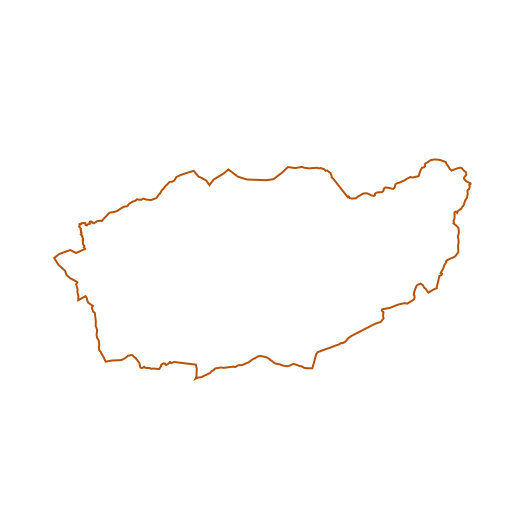 Cicanesti, Arges, Romania (Mercator projection), rotated 106°
{"feature_id": "2599482B56570346904834", "entity_name": "Cicanesti", "entity_type": "district", "adm_level": 2, "iso_a3": "ROU", "parent_name": "Romania", "parent_adm1": "Arges", "projection": "mercator", "projection_center": [24.6, 45.264], "detail": "fine", "context": "isolated", "style": "outline", "palette": "amber", "viewbox_px": 512, "rotation_deg": 106, "n_neighbors": 0, "source": "geoboundaries", "source_scale": "gbopen_adm2", "svg_char_len": 5238}
<svg xmlns="http://www.w3.org/2000/svg" viewBox="0 0 512 512"><g transform="rotate(106 256 256)"><path d="M313.6,449.4L318.9,443.5L322.9,435.4L326.3,433.1L328.6,428.4L329.9,422.1L330.5,420.5L332.8,421.1L337.3,418.2L339.1,418.0L341.5,417.0L341.9,416.5L343.5,415.7L347.5,414.7L341.6,408.8L343.0,407.1L345.8,405.5L347.2,404.3L348.9,399.0L350.9,399.6L354.3,397.3L355.1,395.3L362.9,392.0L367.5,390.8L370.6,388.4L375.8,387.5L378.6,386.0L380.7,383.8L383.4,382.6L384.8,382.1L387.1,381.9L389.5,380.9L390.2,380.2L390.8,379.0L392.1,378.0L394.7,375.2L398.1,372.2L399.0,371.4L396.2,365.7L394.2,359.7L393.4,357.3L391.9,355.2L389.0,352.7L387.0,351.5L386.5,350.0L385.6,348.8L385.5,347.3L386.4,346.0L387.5,343.3L389.3,340.9L391.1,338.6L395.0,336.4L395.3,335.4L394.6,333.9L393.3,332.9L394.0,331.7L393.0,327.4L393.3,326.3L393.3,325.7L392.6,323.9L392.1,322.1L392.0,321.0L391.2,317.8L390.5,317.7L388.0,316.8L387.2,317.3L386.9,317.1L385.5,316.1L384.6,315.2L384.6,313.6L385.3,313.2L385.5,312.7L385.4,312.3L384.8,311.5L383.4,310.4L381.7,309.6L381.7,309.0L382.2,308.7L382.3,307.9L380.4,305.4L379.9,301.8L378.2,291.3L377.0,284.0L380.6,281.9L384.7,280.9L388.3,280.0L390.7,280.4L389.1,278.6L388.2,276.7L387.3,274.8L385.8,273.3L381.9,268.7L380.9,267.8L379.1,267.0L376.9,265.0L375.7,264.6L375.0,263.5L372.9,259.1L372.3,255.9L370.2,251.1L368.6,247.4L368.6,245.7L368.0,244.8L367.0,244.2L365.7,242.5L364.7,239.4L363.5,237.9L360.4,234.0L357.2,231.5L355.5,230.1L354.7,228.9L352.2,226.7L350.9,224.5L350.5,218.2L351.3,214.7L352.1,213.3L352.5,211.7L353.6,209.4L354.0,207.3L353.6,203.1L353.9,199.8L353.4,195.6L352.3,193.6L349.5,190.5L349.4,188.2L349.4,187.0L349.8,183.9L349.5,181.9L350.2,178.9L349.9,176.3L348.4,170.9L342.7,170.9L338.1,171.0L333.5,171.0L331.4,170.2L329.1,167.0L326.8,163.9L325.1,161.5L323.4,159.1L319.0,153.2L318.0,151.7L316.4,150.5L316.0,149.0L315.4,148.1L313.0,146.1L309.5,144.6L306.6,142.3L304.0,139.6L300.7,136.0L297.3,132.4L292.3,127.1L288.3,122.8L285.0,117.9L280.8,116.2L278.4,117.4L274.9,118.0L274.6,118.4L274.5,119.3L274.1,119.7L272.5,120.1L270.9,116.9L268.9,112.9L266.2,109.4L263.5,105.9L260.4,100.3L260.1,97.5L255.5,93.3L254.1,92.1L252.3,92.1L250.5,92.7L250.0,93.6L246.5,94.0L241.1,93.6L239.2,92.7L237.2,90.2L238.0,87.6L239.9,85.8L241.1,83.5L243.7,80.2L239.8,76.6L237.1,73.4L236.8,73.6L224.8,74.2L222.8,72.3L221.8,72.4L221.5,73.8L216.5,72.6L212.5,72.4L209.2,71.3L208.7,71.9L208.4,71.8L207.7,71.5L204.6,68.1L203.1,66.0L201.7,64.6L196.7,62.6L195.3,62.9L192.5,63.9L190.1,64.7L186.7,65.0L183.8,66.1L182.1,67.2L180.9,67.5L179.8,67.2L177.7,67.4L175.2,68.3L172.9,69.4L171.6,71.8L170.2,75.2L168.8,75.0L168.4,75.5L167.4,75.9L166.1,75.6L164.5,75.7L163.6,75.9L161.8,76.4L160.4,77.0L159.2,77.2L158.3,76.2L158.3,75.8L159.1,74.7L158.6,74.6L157.1,74.2L155.1,72.7L153.8,71.7L153.6,71.6L152.4,71.4L152.0,71.3L151.1,70.8L150.8,70.6L148.5,70.3L146.6,70.3L145.4,70.1L145.0,70.3L144.5,70.1L141.9,69.3L137.7,69.6L136.4,70.3L134.6,70.8L133.8,70.1L132.2,69.5L130.5,69.7L128.9,70.6L127.6,69.6L127.0,69.8L126.8,71.4L126.5,72.5L126.3,74.3L125.5,75.7L124.6,77.1L123.7,77.5L122.3,77.4L120.4,76.2L118.4,76.8L117.4,77.6L117.0,79.1L114.9,82.3L114.8,84.2L116.6,87.1L120.0,91.7L118.6,94.1L117.3,95.4L116.3,96.5L115.2,98.1L113.3,99.6L113.2,102.0L113.0,105.2L113.1,107.1L113.5,108.8L114.0,111.1L115.8,114.7L118.2,116.5L120.3,118.6L121.4,119.0L123.1,118.3L124.2,118.7L125.5,120.8L128.6,121.5L132.4,121.7L134.5,121.7L136.0,124.6L137.3,126.7L137.6,129.5L140.4,132.4L142.3,134.0L145.7,138.1L147.7,141.1L148.6,141.7L152.2,141.6L153.7,142.7L153.8,143.9L154.0,148.2L154.3,150.0L155.1,151.1L156.1,151.6L156.8,151.7L157.6,151.4L158.8,151.7L160.0,152.7L161.0,155.7L161.6,157.3L162.3,158.1L163.4,158.7L164.9,158.4L165.6,159.1L165.9,160.6L166.0,162.1L165.3,164.3L165.2,166.2L165.6,168.3L166.4,170.1L167.3,171.1L169.1,172.6L170.3,174.0L171.9,175.2L173.0,175.9L174.2,179.1L174.6,181.9L173.2,183.4L174.2,184.0L160.4,203.1L159.5,204.9L157.6,205.7L155.4,207.6L155.2,208.8L154.2,211.1L154.9,212.6L153.8,214.4L153.6,218.1L154.4,219.7L154.4,221.8L157.1,229.0L157.9,234.0L157.6,236.1L160.7,242.7L161.7,249.8L168.8,254.0L177.4,260.4L180.4,267.3L185.0,286.1L184.7,295.4L180.4,306.4L185.2,309.5L194.1,317.7L200.7,320.3L197.2,324.6L195.9,329.6L195.6,333.0L191.3,339.4L195.0,345.0L198.7,350.5L202.0,354.3L205.7,355.2L207.6,356.9L208.4,359.1L209.0,359.7L212.3,361.4L213.7,362.3L215.6,363.1L216.5,363.2L218.4,364.5L219.8,364.9L221.8,365.3L224.8,366.8L227.4,367.5L228.8,369.1L231.1,372.3L232.0,376.9L231.9,380.2L233.6,381.8L234.2,384.5L234.3,386.1L236.1,387.1L237.7,389.5L239.7,391.4L241.2,392.6L243.6,393.4L245.2,396.7L246.8,398.4L251.3,402.1L253.2,405.4L254.8,408.8L264.0,413.5L265.0,413.9L265.0,415.4L266.3,418.3L269.3,420.9L269.1,422.6L268.7,422.6L268.2,424.3L268.9,425.2L269.6,425.3L270.4,424.7L271.0,424.7L271.0,425.2L272.4,426.8L273.2,427.1L273.0,427.9L273.2,428.3L272.5,428.8L271.5,429.0L271.9,431.2L272.7,432.8L273.3,432.7L274.1,434.5L275.5,433.8L276.4,434.2L278.0,431.8L279.0,431.8L280.3,431.0L280.9,431.0L281.5,430.3L282.0,430.6L282.6,429.8L283.5,429.8L283.8,430.1L284.8,428.3L285.5,428.4L286.9,427.1L288.5,426.6L288.6,427.0L291.9,425.7L293.0,424.9L293.8,423.7L294.8,423.5L295.1,423.8L296.3,422.2L302.7,429.8L301.5,436.3L308.4,445.8L313.6,449.4Z" fill="none" stroke="#b45309" stroke-width="2"/></g></svg>